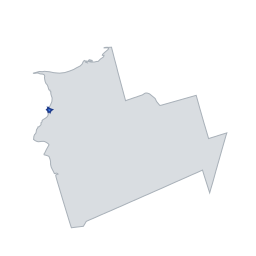 M'Bagne, Brakna, Mauritania shown in context, rotated 75°
{"feature_id": "47542326B91967865285968", "entity_name": "M'Bagne", "entity_type": "district", "adm_level": 2, "iso_a3": "MRT", "parent_name": "Mauritania", "parent_adm1": "Brakna", "projection": "orthographic", "projection_center": [-13.836, 16.289], "detail": "fine", "context": "in_parent", "style": "filled", "palette": "blue", "viewbox_px": 256, "rotation_deg": 75, "n_neighbors": 0, "source": "geoboundaries", "source_scale": "gbopen_adm2", "svg_char_len": 3765}
<svg xmlns="http://www.w3.org/2000/svg" viewBox="0 0 256 256"><g transform="rotate(75 128 128)"><path d="M112.1,221.2L111.8,221.1L110.2,220.0L109.5,218.7L108.3,217.8L106.6,217.1L105.5,216.4L105.0,215.6L104.3,215.0L103.7,214.8L103.6,214.5L103.8,214.0L103.6,213.3L102.6,211.6L101.7,210.8L100.9,210.9L100.5,210.7L100.2,210.4L100.1,209.8L99.5,209.3L98.6,209.1L97.9,207.9L97.3,205.6L96.6,203.8L95.7,202.5L95.0,202.0L94.5,201.9L94.4,201.7L94.2,201.4L93.5,201.2L92.6,201.6L91.7,201.5L91.2,200.9L90.6,200.8L89.9,201.3L89.0,201.2L88.1,200.3L87.6,199.5L87.5,198.7L85.9,197.1L82.8,194.7L79.4,193.5L75.8,193.7L73.8,193.5L73.3,193.1L72.9,193.2L72.4,193.6L71.9,193.7L71.4,193.5L71.1,193.6L71.0,194.3L69.7,194.6L67.2,194.6L65.3,194.9L63.8,195.7L61.6,196.0L58.9,195.8L57.2,195.5L56.7,195.1L55.9,195.0L54.9,195.2L53.9,196.4L53.1,198.6L52.4,199.8L51.9,200.1L51.3,201.7L51.0,204.4L50.5,205.6L50.5,198.8L51.4,196.3L51.6,194.1L53.4,189.2L55.4,185.3L57.3,180.0L58.1,174.8L57.9,169.8L57.4,165.3L56.6,162.4L55.7,158.1L54.4,155.8L52.0,153.8L51.5,152.6L52.1,152.2L53.6,151.9L54.5,150.4L52.5,151.0L54.9,146.3L55.6,143.1L55.6,141.0L56.0,139.7L54.3,136.8L53.0,133.3L52.3,132.7L51.6,132.4L51.5,133.2L51.1,134.0L50.3,133.5L48.9,130.9L46.9,126.7L46.1,126.2L45.5,126.8L45.1,127.4L44.4,130.8L44.2,129.5L44.5,127.8L45.1,125.8L45.7,123.0L47.5,123.1L50.7,123.1L57.1,123.2L60.3,123.2L66.7,123.2L70.0,123.3L76.4,123.3L79.6,123.3L86.0,123.3L89.2,123.3L95.6,123.3L98.9,123.3L101.0,123.3L100.8,121.3L100.7,119.7L100.6,117.6L100.4,115.5L100.3,113.4L100.2,111.4L100.0,109.4L99.9,107.6L99.8,105.9L99.6,104.9L98.9,103.0L98.8,102.0L99.0,101.0L99.4,100.1L100.6,98.4L102.5,97.0L104.6,95.5L106.3,94.3L107.1,94.0L109.7,93.6L111.7,92.7L113.7,91.8L114.5,91.3L114.6,89.7L114.1,53.7L123.7,53.6L126.2,53.6L143.8,53.3L146.3,53.2L159.1,52.9L159.0,51.2L158.9,48.8L158.8,45.5L158.6,42.2L158.4,36.3L158.3,33.8L160.8,35.4L166.0,38.5L168.6,40.1L173.8,43.2L179.0,46.3L184.2,49.4L186.8,51.0L189.4,52.5L192.0,54.1L194.6,55.6L199.9,58.7L202.1,60.0L205.5,62.1L208.6,64.0L211.8,65.9L207.1,66.1L200.8,66.4L196.5,66.6L192.1,66.8L187.9,66.9L188.5,70.3L189.1,74.0L189.6,77.6L190.2,81.3L190.8,85.0L192.5,96.1L193.1,99.8L193.7,103.5L194.3,107.2L194.9,110.9L196.0,118.3L196.6,122.0L197.2,125.7L197.7,129.4L198.3,133.1L198.9,136.8L200.0,144.3L200.6,148.0L201.2,151.7L201.8,155.4L202.3,159.1L202.9,162.8L203.5,166.6L204.0,170.3L205.1,177.7L205.7,181.4L206.3,185.2L206.8,188.9L207.4,192.5L209.2,194.3L211.4,196.6L210.9,200.0L210.3,204.1L209.7,208.5L203.7,208.8L197.9,209.0L183.2,209.5L180.3,209.6L165.6,210.0L162.6,210.1L156.9,210.2L155.2,210.1L154.6,209.8L154.4,207.5L153.9,207.7L153.3,208.4L153.0,209.1L153.1,210.1L153.0,210.9L151.2,211.2L148.6,211.8L145.9,212.3L143.2,212.2L142.3,212.0L141.3,211.7L139.1,211.4L137.9,211.4L136.6,211.5L135.0,211.7L134.5,212.2L133.3,213.9L132.2,215.9L131.4,215.9L130.5,214.8L128.1,212.8L125.3,210.1L124.0,208.8L123.3,208.7L121.9,209.6L120.8,210.6L119.6,211.9L119.0,213.1L118.6,214.6L118.4,216.3L118.0,218.4L117.0,220.0L115.9,221.2L115.0,221.8L114.7,222.2L112.1,221.2ZM53.6,147.5L52.7,148.9L52.3,148.4L52.1,147.4L53.0,146.0L53.3,145.3L54.0,145.1L53.6,147.5Z" fill="#d9dde1" stroke="#a8b0b8" stroke-width="1"/><path d="M90.7,196.3L90.0,197.4L89.6,197.9L89.5,198.1L88.8,199.0L88.3,199.3L88.2,199.3L87.8,199.4L87.6,199.5L87.6,199.8L87.5,200.0L87.9,199.9L88.0,199.9L88.1,200.0L88.3,200.0L88.3,200.4L88.5,200.5L88.7,200.4L88.9,200.5L89.0,200.6L89.0,200.8L88.9,200.9L88.9,201.0L89.0,201.2L89.0,201.4L89.1,201.5L89.3,201.8L89.4,201.7L89.5,201.5L89.6,201.4L89.8,201.3L89.9,201.2L90.1,201.2L90.3,201.2L90.5,201.2L90.9,201.0L90.9,200.9L91.0,200.9L91.2,200.7L91.3,200.6L91.5,200.8L91.4,200.8L92.1,200.6L92.4,199.0L92.5,199.0L91.9,198.5L91.3,197.9L90.7,196.3Z" fill="#3b82f6" stroke="#1e3a8a" stroke-width="1.5"/></g></svg>